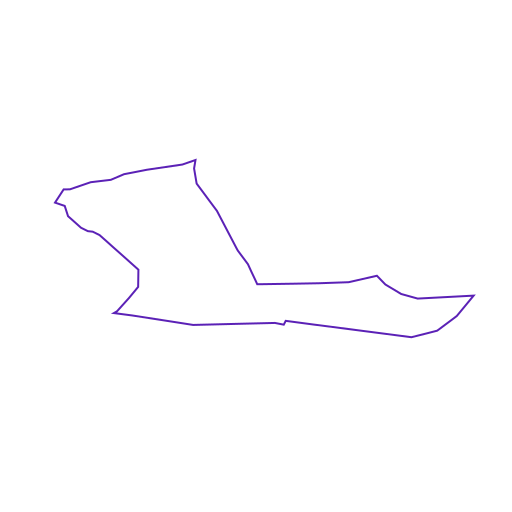 outline of Zaqaziq 2, Ash Sharqiyah, Egypt, rotated 52°
{"feature_id": "37247803B33284186287576", "entity_name": "Zaqaziq 2", "entity_type": "district", "adm_level": 2, "iso_a3": "EGY", "parent_name": "Egypt", "parent_adm1": "Ash Sharqiyah", "projection": "robinson", "projection_center": [31.509, 30.601], "detail": "fine", "context": "isolated", "style": "outline", "palette": "violet", "viewbox_px": 512, "rotation_deg": 52, "n_neighbors": 0, "source": "geoboundaries", "source_scale": "gbopen_adm2", "svg_char_len": 951}
<svg xmlns="http://www.w3.org/2000/svg" viewBox="0 0 512 512"><g transform="rotate(52 256 256)"><path d="M213.5,403.1L226.7,390.1L251.1,367.2L254.3,364.2L271.6,348.0L282.6,333.2L293.5,318.5L300.4,309.2L320.4,282.3L327.2,276.4L325.4,272.5L346.3,252.0L348.2,250.1L415.7,183.5L422.0,169.3L426.4,159.2L426.8,141.7L426.9,134.7L423.8,120.6L421.2,108.9L411.7,122.5L389.1,154.8L375.3,165.0L358.1,171.6L346.0,172.9L333.7,199.1L316.2,223.2L301.0,243.4L282.0,268.5L279.0,272.4L274.4,271.3L265.5,269.3L257.5,267.4L240.5,267.0L238.0,266.6L216.1,262.6L196.4,259.0L182.8,258.7L171.4,258.4L162.4,258.2L148.9,250.9L143.1,244.6L138.6,257.7L120.9,288.8L114.2,302.0L110.3,309.6L106.6,323.5L96.1,340.8L92.5,351.2L88.9,361.6L85.1,366.6L90.2,381.5L98.8,375.9L108.9,379.6L126.0,376.5L132.9,373.2L136.3,369.7L143.2,366.4L155.7,364.1L160.3,363.3L171.1,361.3L194.4,357.1L207.8,367.9L210.9,382.0L214.0,399.6L213.5,403.1Z" fill="none" stroke="#5b21b6" stroke-width="2"/></g></svg>